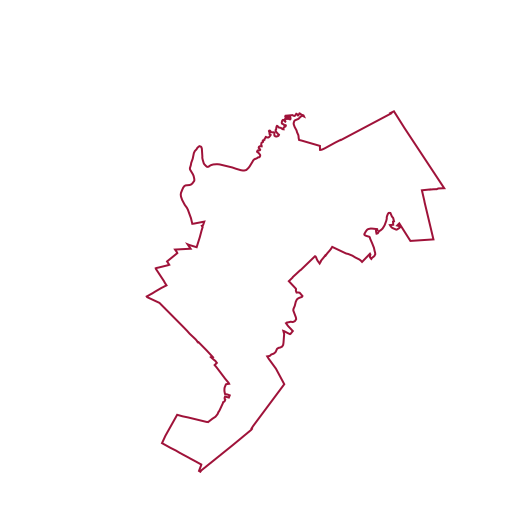 the district of Schitu, Giurgiu, Romania, rotated 44°
{"feature_id": "2599482B69197751187645", "entity_name": "Schitu", "entity_type": "district", "adm_level": 2, "iso_a3": "ROU", "parent_name": "Romania", "parent_adm1": "Giurgiu", "projection": "natural_earth1", "projection_center": [25.835, 44.132], "detail": "fine", "context": "isolated", "style": "outline", "palette": "rose", "viewbox_px": 512, "rotation_deg": 44, "n_neighbors": 0, "source": "geoboundaries", "source_scale": "gbopen_adm2", "svg_char_len": 6105}
<svg xmlns="http://www.w3.org/2000/svg" viewBox="0 0 512 512"><g transform="rotate(44 256 256)"><path d="M365.8,449.9L365.6,448.1L370.6,408.6L373.3,384.5L373.2,383.2L372.6,383.2L372.0,380.0L365.4,328.6L348.6,323.2L336.5,321.1L333.8,320.4L335.3,318.3L335.4,316.3L335.8,315.4L336.4,314.3L336.6,313.7L336.8,311.8L336.7,311.1L335.7,308.4L335.7,307.6L336.2,306.1L336.7,305.5L337.1,304.8L337.7,303.0L337.3,301.1L336.1,299.4L330.4,292.5L327.7,290.9L328.8,290.4L332.4,289.4L334.7,288.6L334.9,288.2L334.9,287.6L334.6,284.4L327.5,284.1L324.3,283.5L324.5,282.9L324.4,282.5L325.7,280.7L326.6,279.2L328.3,278.0L328.8,277.0L329.2,275.7L328.8,273.6L328.1,273.0L327.2,272.4L320.9,269.4L320.4,269.0L319.7,268.0L318.5,264.9L316.4,261.3L315.6,258.9L315.8,257.1L316.4,255.6L317.4,253.7L317.4,253.0L317.2,252.5L312.9,252.1L311.6,253.0L310.6,254.1L309.4,253.6L308.5,253.0L307.8,252.0L307.4,251.8L297.1,251.3L297.3,246.1L297.1,245.6L297.6,236.9L297.7,235.5L297.9,235.0L298.6,215.2L299.0,215.0L300.1,215.2L301.8,216.0L303.5,216.6L307.0,217.2L306.4,214.8L306.1,214.6L306.0,213.8L305.7,209.7L305.4,207.4L305.8,207.4L305.4,204.6L305.2,200.6L305.0,198.9L304.5,196.5L319.1,191.6L320.9,190.5L325.1,188.8L328.4,188.1L332.8,186.7L334.6,186.5L336.4,186.6L336.4,175.2L337.3,175.5L338.1,176.9L338.6,177.6L339.3,177.7L340.1,178.0L341.0,178.0L340.7,176.6L341.1,174.7L341.1,173.6L340.5,171.8L339.1,170.7L338.0,170.1L335.2,168.2L330.8,166.2L326.4,164.4L324.8,163.5L324.1,163.5L321.2,165.0L320.0,165.4L319.3,165.4L318.9,165.2L318.6,164.7L317.9,161.9L317.7,160.0L317.8,159.3L318.2,158.4L319.5,156.5L320.9,155.3L324.5,152.5L325.4,153.1L324.8,154.5L325.8,155.3L327.2,156.2L327.4,155.9L327.8,155.0L327.3,152.7L327.8,150.9L328.0,148.5L327.5,145.9L327.1,144.4L325.3,140.3L324.2,138.4L323.2,137.4L322.6,136.4L321.7,134.3L321.5,132.9L322.2,132.1L322.8,131.7L326.4,133.2L328.0,133.3L328.5,133.5L331.2,135.2L330.7,136.1L333.0,138.2L330.9,140.7L332.4,141.1L334.0,141.2L335.2,140.9L338.6,139.6L339.0,139.0L339.6,136.5L339.7,134.5L337.7,135.3L336.4,136.0L336.4,133.0L356.6,137.9L372.1,120.8L340.2,100.4L338.5,99.2L329.7,93.5L334.9,87.3L335.0,87.4L337.3,84.7L339.6,82.4L340.2,80.8L344.3,76.5L273.9,60.8L254.7,56.1L253.4,59.8L254.1,59.8L236.5,113.7L236.2,113.7L234.3,119.1L230.6,131.0L229.7,133.3L228.9,134.7L228.3,135.2L225.5,132.4L208.6,141.3L206.4,142.6L204.7,141.5L203.4,140.3L202.4,139.6L199.6,138.5L197.9,137.5L194.1,136.3L191.9,135.2L191.1,134.6L190.7,134.1L189.9,132.6L189.8,132.1L189.8,131.3L191.3,127.8L191.3,125.0L191.7,123.3L192.1,122.8L193.6,122.3L192.6,121.9L191.8,122.1L190.9,122.7L188.6,123.0L188.2,123.2L188.7,125.3L188.6,125.7L186.7,125.5L186.2,125.7L186.6,127.8L186.3,128.6L185.4,129.1L184.4,129.3L179.8,134.6L180.0,135.2L180.3,135.5L180.7,135.6L181.2,135.4L183.0,133.3L183.7,132.2L183.9,132.2L184.4,132.4L185.5,133.3L185.7,133.8L185.6,134.1L183.9,134.9L183.0,136.0L182.0,136.8L181.7,137.1L181.7,137.4L181.8,137.8L182.6,138.4L183.6,138.7L183.7,139.0L183.4,139.1L181.2,139.1L180.8,139.5L180.8,139.9L180.9,140.6L181.8,142.1L182.6,142.7L184.8,142.1L185.2,142.3L185.6,142.2L185.9,142.0L186.4,141.3L186.7,141.3L187.0,141.7L187.2,142.4L186.8,143.5L186.7,144.4L187.2,145.2L187.8,145.7L187.0,146.3L184.8,146.6L183.2,147.7L181.1,147.6L180.7,147.8L180.7,148.1L181.2,149.2L182.5,150.9L182.6,151.8L183.2,152.3L185.0,152.8L186.2,152.8L187.1,153.0L188.0,152.8L188.3,152.8L188.6,153.6L188.6,154.1L188.1,155.2L187.8,155.8L186.8,156.5L185.6,156.6L184.7,155.8L183.7,154.6L183.3,154.5L182.7,154.8L181.6,155.9L180.7,156.5L179.3,156.1L178.8,156.2L178.5,156.5L178.5,157.1L178.8,157.3L180.1,157.9L180.9,158.8L181.2,158.9L182.4,158.7L182.6,159.1L182.8,161.2L182.6,162.1L181.8,162.9L181.0,163.4L180.4,163.4L180.3,163.5L180.7,164.6L180.8,165.7L181.4,166.6L181.2,167.1L180.8,167.6L180.7,168.2L181.7,168.8L181.8,169.1L181.3,170.6L181.4,170.8L182.2,172.1L182.7,172.5L183.5,172.8L183.9,173.2L182.4,174.6L182.3,175.4L182.6,176.1L183.0,176.4L185.0,176.5L185.3,176.9L185.3,177.3L184.9,178.0L184.0,178.7L183.9,179.0L184.2,180.1L184.4,180.3L186.0,180.1L186.8,180.1L188.7,180.4L189.4,181.0L189.6,181.5L189.8,182.2L189.7,182.8L189.0,183.5L188.9,184.5L188.2,186.5L187.9,186.7L187.6,187.8L187.6,189.3L187.9,190.2L189.2,196.0L189.4,197.9L189.3,200.8L188.3,202.5L187.2,203.6L185.5,204.8L180.9,207.2L177.4,208.8L166.2,215.4L164.2,217.0L161.7,219.8L160.6,221.7L160.0,223.5L159.9,224.5L159.4,225.4L158.7,225.9L157.6,226.0L155.0,225.9L154.0,225.6L150.8,223.8L149.2,222.7L148.3,221.7L142.6,216.5L141.2,215.7L140.5,215.6L139.6,216.0L139.0,216.3L138.8,217.3L138.7,219.0L139.1,220.6L139.1,223.0L139.8,225.1L142.9,230.0L144.7,234.0L146.0,235.9L147.4,238.7L148.3,239.5L149.1,239.8L154.0,241.1L155.6,241.8L158.0,243.4L159.0,244.3L159.4,245.0L159.8,247.9L159.7,249.4L159.0,251.0L156.4,254.0L155.9,255.3L156.1,257.3L157.0,259.8L158.2,262.7L159.2,264.1L160.8,265.4L164.0,267.0L169.2,268.7L172.7,269.3L174.8,270.0L183.0,274.0L187.8,277.1L188.8,275.9L194.9,267.2L196.4,270.4L196.5,271.2L196.1,271.9L196.7,272.1L197.2,272.0L197.5,272.2L199.1,275.4L202.5,281.5L206.7,289.9L207.2,290.9L200.4,294.4L198.7,295.1L203.9,296.2L193.3,307.6L196.8,308.3L197.4,308.6L195.8,321.7L199.7,322.6L199.2,323.6L193.8,332.2L192.9,333.5L192.4,334.5L192.9,334.8L207.6,338.1L208.6,338.5L212.0,339.3L210.2,344.5L208.2,351.6L207.6,354.1L205.6,360.7L205.5,361.0L206.3,361.2L219.1,356.8L252.2,357.5L258.4,357.7L262.2,358.0L270.5,357.9L272.5,358.1L273.2,358.4L273.6,358.3L274.4,358.4L274.5,357.9L285.9,358.2L295.4,358.7L295.3,359.2L294.0,359.4L293.8,360.1L298.0,359.9L299.6,359.7L302.1,360.1L302.0,363.2L305.1,363.5L319.0,365.7L324.5,366.3L325.4,366.6L323.6,368.9L323.6,369.4L324.8,372.4L325.5,373.4L327.0,375.0L329.4,376.7L329.7,376.8L331.6,375.5L333.9,374.5L334.8,376.7L332.2,378.1L331.4,378.6L332.0,379.9L332.3,380.2L332.8,380.6L333.4,380.5L333.7,380.7L334.3,382.3L334.2,383.2L333.9,384.1L334.4,384.8L336.9,392.0L337.4,393.9L337.4,394.7L337.8,395.3L338.2,396.5L338.5,399.8L337.7,403.3L336.9,408.8L336.4,409.0L335.7,409.7L319.3,419.3L314.6,422.3L309.6,425.0L315.7,448.2L318.4,455.9L327.8,453.4L333.5,451.6L337.8,450.6L361.5,444.0L361.9,444.6L364.3,450.2L365.8,449.9Z" fill="none" stroke="#9f1239" stroke-width="2"/></g></svg>